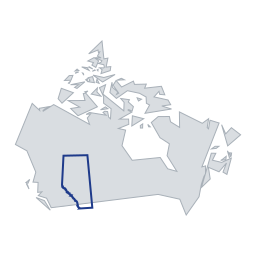 location of Alberta within Canada
{"feature_id": "CAN-632", "entity_name": "Alberta", "entity_type": "Province", "adm_level": 1, "iso_a3": "CAN", "parent_name": "Canada", "parent_adm1": "", "projection": "orthographic", "projection_center": [-116.491, 54.496], "detail": "fine", "context": "in_parent", "style": "outline", "palette": "blue", "viewbox_px": 256, "rotation_deg": 0, "n_neighbors": 0, "source": "natural_earth", "source_scale": "10m", "svg_char_len": 5548}
<svg xmlns="http://www.w3.org/2000/svg" viewBox="0 0 256 256"><path d="M35.8,172.1L26.9,150.8L15.4,144.5L32.2,103.4L39.7,110.5L39.3,108.3L50.8,106.3L44.7,109.0L43.0,110.6L43.2,111.2L53.7,104.6L89.6,124.4L87.3,118.0L90.6,113.9L86.1,114.4L89.6,112.5L106.1,115.2L103.0,112.4L104.8,111.2L107.6,111.6L108.7,117.2L110.5,118.8L111.1,108.7L103.6,103.2L103.6,94.6L123.8,110.9L124.1,102.4L120.7,98.5L129.4,99.7L128.3,102.0L133.4,106.6L132.1,111.1L128.8,109.6L128.2,109.6L128.1,110.3L131.7,112.2L119.4,119.1L128.6,119.1L128.8,124.3L118.4,128.5L125.6,130.1L122.0,145.7L132.2,160.3L160.2,157.5L167.7,168.8L176.9,171.4L167.1,155.7L169.4,143.8L160.0,137.7L151.3,122.5L158.2,116.6L169.4,116.5L170.5,121.8L179.6,127.4L179.4,111.9L202.3,123.3L208.6,118.7L207.2,127.6L208.5,128.8L210.0,120.2L219.1,123.0L201.9,166.9L205.6,165.9L205.5,173.8L203.9,176.5L201.3,184.5L199.0,196.8L186.2,215.0L179.8,199.2L158.1,194.4L51.2,207.7L46.6,198.2L38.3,195.6L41.9,191.8L37.7,192.4L38.1,182.4L33.0,182.1L35.8,172.1ZM116.5,94.4L118.8,93.2L113.1,85.2L116.1,80.5L121.6,87.0L133.4,81.1L134.5,84.4L146.3,84.1L144.6,88.2L161.4,86.3L164.8,94.8L159.7,94.4L159.0,91.3L154.0,96.9L168.0,100.0L170.7,104.7L161.8,106.0L171.5,109.0L145.0,113.3L149.6,105.0L146.4,103.3L146.1,97.0L139.6,93.3L127.4,90.7L116.4,98.4L109.9,92.5L112.0,82.2L112.4,87.3L117.8,92.0L116.5,94.4ZM88.7,53.8L102.0,41.0L103.9,58.9L107.9,58.1L106.1,67.1L110.8,66.6L110.2,70.6L101.0,73.6L102.1,69.7L99.6,67.8L103.8,67.9L104.4,67.2L103.8,64.7L98.4,63.5L101.2,62.1L101.9,60.7L95.2,57.7L101.1,57.8L97.4,56.2L99.7,51.9L98.4,52.4L98.0,50.0L88.7,53.8ZM68.1,100.6L85.0,100.5L83.3,93.6L85.7,93.1L97.4,106.8L78.0,115.7L70.7,108.5L79.7,107.1L68.1,100.6ZM219.0,171.8L208.4,167.3L210.2,179.0L201.5,187.4L211.3,153.2L215.8,153.3L212.4,160.2L221.7,162.4L231.3,158.1L226.9,174.4L223.0,172.1L226.5,163.0L219.0,171.8ZM61.3,88.3L73.4,92.7L62.0,103.2L58.1,98.7L61.3,88.3ZM87.8,61.0L94.1,57.6L98.6,60.8L95.8,67.4L91.9,65.1L93.5,62.6L87.8,61.0ZM93.0,75.1L103.9,77.5L115.1,74.5L102.6,82.0L93.0,75.1ZM70.5,84.7L84.9,81.8L77.0,88.4L74.6,87.4L78.6,84.7L70.5,84.7ZM221.6,124.7L225.7,133.9L231.4,127.7L240.6,134.8L227.7,145.9L221.6,124.7ZM91.3,94.1L97.4,87.9L96.9,91.9L101.0,96.2L91.3,94.1ZM131.8,126.0L132.4,115.8L143.7,118.7L131.8,126.0ZM99.4,87.7L105.6,84.7L102.7,94.7L99.4,87.7ZM72.9,75.4L71.0,80.2L64.5,80.5L69.2,75.6L72.9,75.4ZM92.6,76.6L94.4,82.7L88.1,81.7L89.9,80.4L88.2,77.7L92.6,76.6ZM81.7,66.9L87.1,67.6L89.1,70.4L81.7,66.9ZM36.1,197.5L44.4,200.6L50.3,210.2L36.1,197.5ZM116.9,80.2L121.4,78.3L124.4,79.8L116.9,80.2ZM100.5,109.8L105.4,106.9L107.9,108.7L100.5,109.8ZM97.0,79.2L99.1,83.3L96.1,82.3L97.0,79.2ZM89.4,66.8L92.8,69.0L88.6,67.1L89.4,66.8ZM137.1,97.8L141.5,99.2L138.5,101.0L137.1,97.8ZM76.1,72.4L78.7,72.0L75.1,73.3L76.1,72.4ZM87.9,91.0L86.0,92.6L84.8,91.8L87.9,91.0ZM227.4,150.8L230.5,155.8L229.7,152.8L231.6,153.0L231.1,156.2L229.3,157.5L227.4,150.8ZM77.1,69.1L78.8,70.6L75.0,71.0L77.1,69.1ZM218.9,146.3L216.2,148.4L211.5,148.9L215.1,146.3L218.9,146.3ZM142.7,123.9L142.6,128.0L140.4,128.0L140.3,125.5L142.7,123.9ZM25.9,182.6L29.7,179.4L27.9,183.3L25.9,182.6ZM92.3,71.3L94.6,69.9L95.2,70.2L92.3,71.3ZM87.4,78.6L87.3,81.1L85.7,79.8L87.4,78.6ZM220.7,160.4L222.5,159.3L226.2,156.3L225.9,159.6L220.7,160.4ZM147.8,124.4L150.2,126.8L148.7,126.8L147.8,124.4ZM70.7,81.0L69.1,83.5L68.4,83.1L70.7,81.0ZM98.1,69.4L97.9,70.8L97.2,69.9L98.1,69.4ZM83.3,73.3L83.8,75.2L82.5,73.0L83.3,73.3ZM26.3,183.6L27.6,185.1L29.0,189.0L26.3,183.6Z" fill="#d9dde1" stroke="#a8b0b8" stroke-width="1"/><path d="M92.3,207.7L79.5,208.5L79.6,208.4L79.6,208.2L79.4,208.2L79.2,208.0L79.2,207.9L79.0,207.6L78.8,207.6L78.7,207.6L78.5,207.4L78.4,207.3L78.3,207.2L78.2,207.1L78.2,206.9L77.9,206.7L77.8,206.4L77.9,206.1L77.9,205.9L77.7,205.9L77.4,205.8L77.3,205.7L77.5,205.5L77.5,205.4L77.6,205.2L77.6,204.9L77.7,204.7L77.5,204.4L77.5,204.2L77.5,203.9L77.5,203.7L77.5,203.4L77.4,203.3L77.3,203.2L77.3,202.8L77.2,202.7L77.2,202.4L77.1,202.2L77.0,201.9L76.9,201.8L76.8,201.7L76.7,201.4L76.5,201.2L76.4,201.1L76.1,201.0L75.9,201.1L75.7,201.0L75.6,200.9L75.5,200.7L75.5,200.4L75.4,200.3L75.2,200.4L75.2,200.2L74.9,200.1L74.7,199.9L74.5,199.7L74.6,199.4L74.5,199.2L74.4,199.1L74.3,198.9L74.2,198.9L74.1,198.7L73.9,198.6L73.7,198.6L73.4,198.5L73.4,198.4L73.3,198.1L73.2,197.9L72.9,197.8L72.9,197.7L72.7,197.6L72.5,197.4L72.5,197.2L72.5,196.9L72.4,196.8L72.3,196.7L72.2,196.7L72.1,196.4L71.9,196.3L71.9,196.1L71.7,196.0L71.6,195.9L71.6,195.7L71.4,195.4L71.4,195.2L71.2,195.2L71.0,195.4L70.9,195.5L71.0,195.5L70.9,195.6L70.7,195.7L70.5,195.4L70.4,195.2L70.3,194.9L70.3,194.7L70.2,194.7L70.1,194.4L69.8,194.3L69.7,194.1L69.6,193.9L69.5,193.7L69.5,193.4L69.4,193.4L69.4,193.5L69.2,193.6L68.9,193.5L68.7,193.6L68.5,193.4L68.4,193.4L68.2,193.3L68.1,193.2L68.0,192.9L68.2,192.7L68.3,192.5L68.3,192.4L68.2,192.3L68.1,192.2L67.8,192.2L67.7,192.1L67.6,191.9L67.4,191.9L67.4,192.0L67.3,192.3L67.2,192.3L66.9,192.4L66.7,192.2L66.8,192.0L66.9,191.9L66.7,191.8L66.7,191.7L66.6,191.4L66.5,191.2L66.6,190.9L66.5,190.7L66.4,190.5L66.3,190.4L66.3,190.2L66.2,190.1L66.1,189.9L65.9,189.9L65.7,189.9L65.7,189.7L65.6,189.4L65.6,189.2L65.4,189.1L65.4,188.9L65.3,188.7L65.1,188.5L65.0,188.4L64.9,188.3L64.8,188.2L64.7,188.2L64.7,188.3L64.6,188.5L64.4,188.6L64.2,188.4L63.9,188.3L63.8,188.2L63.7,187.9L63.6,187.7L63.4,187.5L63.2,187.5L63.0,187.4L63.0,187.5L62.9,187.6L62.7,187.4L62.6,187.2L62.4,186.9L62.2,186.8L62.2,186.7L62.2,186.4L62.5,186.3L62.7,186.2L62.5,185.8L62.4,185.8L62.2,185.8L62.2,185.7L62.1,185.4L62.0,185.1L63.5,155.7L87.4,155.2L92.3,207.7Z" fill="none" stroke="#1e3a8a" stroke-width="2"/></svg>